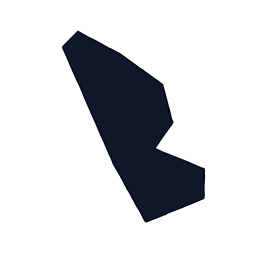 the district of San Juan Chamelco, Alta Verapaz, Guatemala, rotated 224°
{"feature_id": "79465075B61159508916708", "entity_name": "San Juan Chamelco", "entity_type": "district", "adm_level": 2, "iso_a3": "GTM", "parent_name": "Guatemala", "parent_adm1": "Alta Verapaz", "projection": "orthographic", "projection_center": [-90.26, 15.395], "detail": "fine", "context": "isolated", "style": "filled", "palette": "ink", "viewbox_px": 256, "rotation_deg": 224, "n_neighbors": 0, "source": "geoboundaries", "source_scale": "gbopen_adm2", "svg_char_len": 1159}
<svg xmlns="http://www.w3.org/2000/svg" viewBox="0 0 256 256"><g transform="rotate(224 128 128)"><path d="M99.9,163.4L102.9,164.5L107.5,167.5L111.5,170.1L114.2,171.5L118.6,174.3L133.2,183.1L139.7,182.4L144.4,181.6L155.6,180.0L157.3,180.0L160.1,179.2L185.0,175.8L196.0,172.6L196.6,172.2L212.8,167.9L220.3,165.4L231.1,162.7L231.3,141.8L231.1,141.0L229.9,140.1L224.7,138.1L217.1,134.9L213.9,133.5L206.9,130.6L198.0,127.0L193.7,125.5L187.2,122.8L179.1,119.2L160.4,111.5L153.9,108.9L143.1,104.3L139.8,103.0L134.5,101.0L132.2,99.9L122.9,96.0L119.8,94.9L113.4,92.0L111.4,91.4L100.2,88.3L85.8,83.5L81.6,82.5L68.7,78.3L60.5,76.1L54.4,73.9L50.5,72.9L49.7,73.2L46.0,81.4L45.5,82.4L45.1,83.4L41.9,90.5L41.2,91.6L40.6,94.1L33.7,109.2L31.4,114.4L30.2,117.0L29.8,118.1L29.2,119.5L28.4,121.3L27.5,123.5L25.3,128.5L24.7,130.1L26.5,132.4L28.8,134.6L30.5,136.2L32.1,137.9L34.4,140.4L39.6,146.4L41.6,148.2L43.4,150.2L44.9,151.4L45.4,151.4L47.4,150.2L59.4,145.7L60.8,145.2L64.6,143.7L69.1,141.8L75.7,139.1L78.4,138.0L79.9,137.4L83.2,136.0L84.6,135.3L94.5,131.8L96.8,144.4L97.0,145.9L97.3,147.8L99.1,160.8L99.9,163.4Z" fill="#0f172a" stroke="#020617" stroke-width="1.5"/></g></svg>